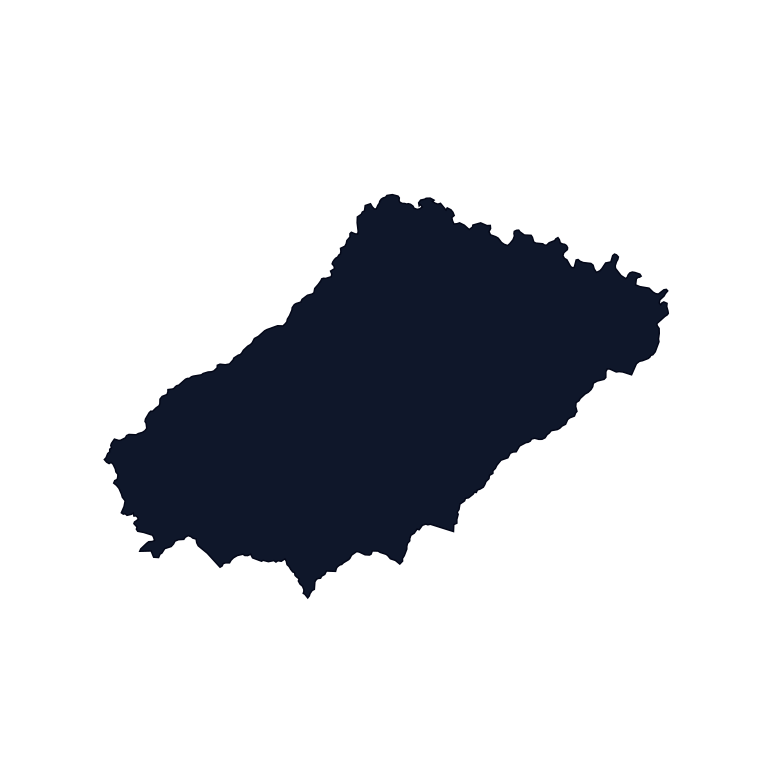 Quaraí, Rio Grande do Sul, Brazil, rotated 152°
{"feature_id": "56859067B66093253937980", "entity_name": "Quaraí", "entity_type": "district", "adm_level": 2, "iso_a3": "BRA", "parent_name": "Brazil", "parent_adm1": "Rio Grande do Sul", "projection": "robinson", "projection_center": [-56.156, -30.292], "detail": "fine", "context": "isolated", "style": "filled", "palette": "ink", "viewbox_px": 768, "rotation_deg": 152, "n_neighbors": 0, "source": "geoboundaries", "source_scale": "gbopen_adm2", "svg_char_len": 6148}
<svg xmlns="http://www.w3.org/2000/svg" viewBox="0 0 768 768"><g transform="rotate(152 384 384)"><path d="M391.9,221.1L388.4,227.1L385.0,226.9L383.3,230.2L379.7,234.1L379.5,236.5L376.7,238.0L373.4,242.3L367.7,243.0L365.8,244.8L362.8,243.8L356.9,244.9L355.1,246.0L353.4,244.9L351.3,246.6L348.5,246.1L344.7,246.3L342.3,247.8L339.7,250.0L335.8,251.1L333.8,253.8L329.9,253.9L328.5,256.3L325.3,257.2L322.6,259.2L316.5,261.8L309.3,260.7L305.1,263.6L302.1,263.4L299.1,262.1L293.4,265.6L286.3,265.6L284.1,264.9L281.7,264.9L279.6,266.1L276.5,265.4L273.2,262.4L270.4,261.0L267.0,260.9L263.8,262.7L261.1,263.1L258.3,264.3L252.4,262.4L249.6,262.4L246.5,263.3L242.6,263.2L238.5,266.4L235.9,266.9L230.9,266.3L228.4,268.5L226.5,269.2L225.3,274.2L223.1,277.4L219.7,277.7L217.5,279.1L210.9,280.8L207.7,280.8L203.8,281.9L201.0,283.6L198.8,286.4L194.3,286.5L187.5,284.8L185.1,285.6L182.3,290.8L179.7,292.5L177.5,291.1L173.3,285.6L170.6,284.6L167.5,282.5L161.1,275.9L151.6,283.4L147.8,284.1L144.7,283.2L138.8,282.5L136.7,282.9L134.9,284.0L132.9,283.6L129.4,285.1L121.4,292.2L120.5,294.9L117.2,299.5L115.0,303.9L115.4,307.0L114.8,309.2L104.3,311.8L101.3,312.1L99.8,312.9L99.0,315.2L98.0,319.7L96.2,322.3L98.4,325.1L100.7,325.1L102.5,324.0L102.9,326.3L101.0,328.7L95.4,330.2L93.1,331.7L89.8,333.0L90.3,335.0L92.6,335.8L99.5,334.6L101.7,336.2L103.3,338.8L105.0,344.2L112.3,349.8L115.3,353.4L111.8,358.4L109.8,358.9L108.1,358.3L106.3,358.5L106.5,360.9L110.1,364.7L112.2,366.3L114.8,366.7L117.2,365.7L119.2,364.0L121.1,363.6L123.8,368.5L125.3,377.4L124.3,379.9L121.2,382.9L119.2,384.1L117.4,386.1L118.1,388.9L119.5,390.5L121.8,390.0L126.4,385.3L131.5,386.8L137.6,383.5L140.2,382.6L144.0,382.8L144.4,386.8L143.6,390.8L144.7,393.3L151.1,397.7L153.3,400.4L154.2,402.8L156.1,403.3L161.4,397.5L163.6,398.7L164.1,401.0L164.2,407.8L165.7,410.2L165.8,413.3L163.6,415.5L159.0,416.6L157.9,418.1L157.9,420.6L158.9,422.5L160.6,423.8L162.1,425.8L161.4,429.2L161.7,431.6L164.2,431.5L166.0,430.5L171.9,431.2L175.4,430.2L177.1,431.4L178.0,433.3L183.8,437.1L185.1,439.1L184.1,443.9L184.3,446.2L190.1,449.6L192.5,454.5L192.8,456.6L194.8,457.5L197.3,457.6L198.6,455.9L199.4,453.4L202.4,450.8L207.1,448.8L209.8,448.2L212.3,450.9L213.8,453.8L214.7,459.2L216.2,461.6L219.9,465.7L219.8,469.2L216.9,471.2L215.7,474.1L218.7,475.5L223.0,480.9L230.9,482.6L232.2,481.0L236.3,480.4L238.5,486.5L241.6,490.8L244.2,491.2L247.1,492.4L246.9,495.9L246.0,499.1L242.9,499.8L242.5,503.3L243.1,506.4L245.5,509.8L247.6,508.5L249.3,517.0L252.0,517.5L254.0,519.7L255.5,522.4L253.5,522.8L255.9,526.4L259.6,528.2L261.4,528.1L265.3,529.2L268.4,527.7L269.3,524.8L267.6,525.3L267.1,522.3L270.3,521.9L272.7,522.6L274.9,525.0L274.9,527.5L276.2,530.2L277.9,531.8L279.5,532.2L280.9,533.6L283.1,534.9L284.7,537.1L284.5,539.1L283.1,541.1L283.4,543.3L287.7,547.3L292.9,549.1L295.0,548.2L297.5,548.7L299.6,548.5L302.0,547.3L303.3,545.8L305.5,544.7L308.6,542.2L310.3,543.0L311.2,545.9L311.3,549.5L316.8,550.4L320.0,546.0L322.4,546.0L324.4,544.5L329.1,544.0L332.0,539.0L335.1,531.0L336.8,528.8L338.9,530.0L341.6,533.3L343.5,532.7L345.0,529.8L349.4,528.1L351.5,525.6L353.9,524.0L358.7,524.2L359.7,521.5L361.4,519.3L363.3,519.1L365.4,517.8L367.3,517.8L369.3,517.2L371.9,515.8L373.4,514.4L372.8,511.7L373.5,509.1L378.2,508.8L378.5,505.6L380.2,503.5L386.0,504.6L387.8,505.8L389.6,506.1L391.1,504.9L395.3,502.8L400.3,500.9L403.1,497.4L405.4,497.2L409.9,498.3L416.6,497.2L419.0,495.4L423.8,496.3L425.9,496.2L429.2,494.5L430.7,492.4L435.3,488.7L438.9,486.6L440.6,484.5L443.1,483.5L446.0,482.7L450.6,485.4L461.8,487.0L464.4,487.0L472.6,485.0L477.1,485.0L481.0,482.3L483.4,481.5L486.5,481.4L492.3,479.8L494.9,478.2L497.1,477.4L499.1,477.9L504.4,477.4L505.9,476.1L511.0,474.2L515.1,475.5L519.5,478.5L522.4,478.8L523.7,476.6L528.4,475.4L530.8,475.9L533.7,477.2L538.9,478.2L540.8,477.8L548.8,480.5L550.7,480.8L553.3,480.3L554.9,481.2L557.0,481.4L565.8,479.3L567.7,479.8L569.4,479.6L571.1,478.8L573.0,478.8L577.4,480.5L578.5,478.5L580.6,476.6L585.7,477.2L588.9,475.8L591.1,471.9L592.7,470.4L596.6,469.9L601.2,468.5L602.7,469.5L604.8,468.9L611.0,465.1L612.6,463.1L612.5,460.9L614.3,456.2L617.0,455.0L620.1,454.7L624.2,455.6L626.7,455.5L632.9,459.2L635.5,459.3L637.6,457.9L643.0,458.0L644.7,458.7L647.9,461.9L652.5,459.5L654.1,458.0L654.5,455.6L656.8,455.2L658.1,452.8L660.6,452.3L664.0,449.4L666.4,448.6L665.6,445.2L664.1,442.8L661.7,442.9L660.9,440.4L661.1,435.2L662.0,432.2L661.4,429.1L662.9,426.7L664.5,425.0L667.1,425.1L669.2,423.4L667.8,420.2L667.0,416.3L667.5,409.9L668.2,406.9L667.4,402.4L671.0,397.9L676.4,393.6L675.3,391.5L673.4,390.9L672.6,388.7L668.1,387.5L666.0,387.8L666.8,384.8L665.0,384.1L664.2,382.3L664.4,379.9L669.1,379.3L670.4,378.1L669.2,373.6L670.8,372.1L670.6,369.6L665.9,365.8L659.4,359.2L659.4,356.7L660.1,353.5L662.4,353.7L665.8,355.2L668.3,354.8L676.2,352.6L678.2,351.0L668.0,345.9L668.7,339.2L664.5,336.6L661.7,338.9L659.5,339.0L654.9,341.6L648.2,340.4L644.9,341.6L642.3,343.4L638.5,343.0L633.7,340.8L631.5,342.0L628.1,342.1L626.1,339.9L625.2,337.7L622.7,335.3L623.9,331.7L624.0,328.4L619.5,317.6L614.8,299.2L612.4,299.3L610.3,300.9L608.2,300.6L604.3,298.6L601.8,300.2L598.5,301.2L594.0,301.4L588.4,299.9L587.5,298.0L584.9,296.5L581.6,296.3L581.7,292.2L575.3,285.0L573.5,285.1L569.5,281.4L564.1,279.8L563.0,277.5L560.7,277.8L557.9,275.7L553.6,276.1L553.4,273.8L554.4,270.0L553.5,267.4L553.4,264.2L552.8,260.9L551.5,259.5L552.4,256.7L551.6,254.3L550.4,251.8L552.1,250.3L552.1,246.8L550.9,243.7L551.3,240.0L552.3,238.3L553.6,237.1L552.6,235.5L551.8,230.9L549.4,232.0L547.7,233.7L544.4,235.4L541.9,235.4L537.9,241.8L535.4,243.2L533.7,243.3L531.2,242.3L529.2,243.6L525.7,243.7L522.6,245.9L514.7,241.3L512.7,243.5L511.1,244.4L508.1,245.0L506.0,244.5L503.7,245.2L497.8,245.5L496.1,246.0L493.0,248.1L486.8,248.9L484.7,247.2L480.9,242.1L477.1,239.8L475.3,239.8L472.7,242.1L467.7,239.3L466.5,237.2L462.0,232.5L461.2,230.6L460.4,226.7L456.8,222.9L454.6,217.6L450.7,218.9L449.7,221.2L446.7,222.9L441.4,227.5L440.1,229.9L438.1,232.2L434.9,233.4L433.9,235.3L431.3,237.8L427.3,238.1L422.9,240.4L421.4,238.8L416.5,241.2L412.9,240.7L411.4,239.1L408.9,238.4L391.9,221.1Z" fill="#0f172a" stroke="#020617" stroke-width="1.5"/></g></svg>